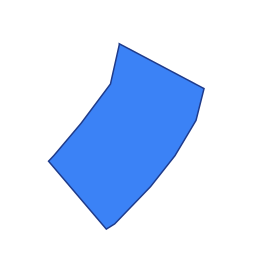 23, Ad Dawhah, Qatar, rotated 241°
{"feature_id": "91078587B28752145715053", "entity_name": "23", "entity_type": "district", "adm_level": 2, "iso_a3": "QAT", "parent_name": "Qatar", "parent_adm1": "Ad Dawhah", "projection": "robinson", "projection_center": [51.511, 25.278], "detail": "fine", "context": "isolated", "style": "filled", "palette": "blue", "viewbox_px": 256, "rotation_deg": 241, "n_neighbors": 0, "source": "geoboundaries", "source_scale": "gbopen_adm2", "svg_char_len": 347}
<svg xmlns="http://www.w3.org/2000/svg" viewBox="0 0 256 256"><g transform="rotate(241 128 128)"><path d="M50.1,60.0L50.5,68.1L50.5,68.4L50.6,69.9L65.8,119.3L81.0,155.6L87.2,166.3L101.7,191.2L125.6,213.6L205.9,161.2L205.0,160.7L175.0,134.0L154.8,89.1L139.8,49.7L137.5,42.4L50.1,60.0Z" fill="#3b82f6" stroke="#1e3a8a" stroke-width="1.5"/></g></svg>